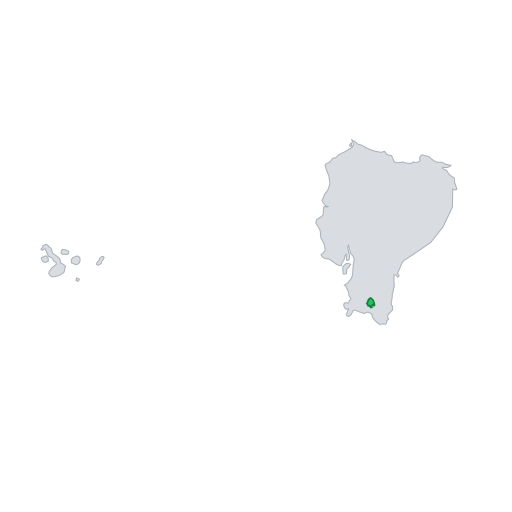 Gonzanama, Loja, Ecuador (highlighted), rotated 348°
{"feature_id": "8360857B83721057206969", "entity_name": "Gonzanama", "entity_type": "district", "adm_level": 2, "iso_a3": "ECU", "parent_name": "Ecuador", "parent_adm1": "Loja", "projection": "robinson", "projection_center": [-79.462, -4.166], "detail": "fine", "context": "in_parent", "style": "filled", "palette": "green", "viewbox_px": 512, "rotation_deg": 348, "n_neighbors": 0, "source": "geoboundaries", "source_scale": "gbopen_adm2", "svg_char_len": 5665}
<svg xmlns="http://www.w3.org/2000/svg" viewBox="0 0 512 512"><g transform="rotate(348 256 256)"><path d="M465.5,207.8L464.1,208.8L460.6,209.2L457.9,208.2L456.8,208.2L456.6,209.2L460.2,211.9L461.9,216.5L464.5,219.4L466.1,220.8L466.2,221.8L465.7,223.7L465.6,225.2L466.4,232.3L465.8,232.7L463.9,232.7L462.4,231.5L458.2,249.1L444.8,266.6L429.7,279.1L412.3,286.3L399.4,291.3L397.4,293.2L391.1,302.0L390.9,302.8L391.7,304.3L391.8,305.3L390.8,305.9L390.0,306.0L389.7,305.5L389.4,304.5L388.6,303.4L387.6,303.1L387.0,303.3L386.9,304.3L385.6,309.1L385.6,311.4L385.0,312.3L385.1,314.4L383.8,316.3L382.8,319.4L381.7,320.5L380.4,325.4L378.4,330.3L378.3,332.0L378.9,333.2L379.1,334.1L378.3,337.2L373.8,340.2L372.6,341.6L372.1,343.2L372.4,344.6L372.3,345.8L370.8,346.2L369.4,349.0L368.3,349.6L365.4,348.7L363.3,348.7L361.7,347.8L358.5,343.1L357.3,340.3L357.0,336.5L353.8,334.1L349.8,334.7L348.6,333.8L345.5,332.2L343.0,330.4L341.0,329.4L339.5,329.9L337.1,332.9L334.8,334.3L333.7,334.2L332.3,333.3L332.1,332.3L335.5,326.9L333.0,326.8L332.1,325.6L331.9,324.3L331.5,322.9L332.0,321.1L333.4,320.2L335.4,320.9L336.8,321.0L337.7,319.4L339.6,318.1L340.0,317.3L339.0,314.7L338.7,313.3L339.0,312.4L338.9,309.6L338.3,308.5L338.3,307.0L337.8,306.1L337.6,304.1L336.3,303.1L340.5,301.2L342.0,299.8L343.9,298.4L345.5,296.4L346.6,294.4L349.1,285.3L351.5,279.6L351.1,276.8L349.1,273.1L348.7,267.6L348.9,266.0L348.6,264.7L347.3,267.0L347.6,275.1L346.5,278.7L344.9,279.6L343.8,278.9L344.4,273.0L343.2,274.1L341.3,278.1L338.2,281.1L338.0,282.1L337.3,283.3L334.9,282.2L333.0,280.9L327.0,274.3L323.1,272.9L320.7,270.6L320.2,269.6L319.9,268.2L322.3,266.9L324.8,265.0L325.1,260.8L325.0,257.6L323.2,252.1L324.0,244.8L323.5,242.0L321.4,236.0L323.0,233.0L328.6,230.8L330.4,229.3L331.6,224.5L332.9,221.7L335.4,222.8L337.3,222.7L334.7,221.6L332.6,217.3L332.2,215.4L336.3,209.5L338.5,207.9L341.1,204.8L343.4,200.1L343.9,192.7L343.0,187.5L342.3,181.9L343.6,180.4L347.0,179.7L349.8,177.9L351.2,176.2L354.5,176.5L358.3,173.9L364.3,172.6L372.8,169.6L374.7,167.0L373.8,162.4L377.0,165.2L378.4,167.4L382.7,169.8L387.9,174.3L391.2,176.5L394.9,178.6L400.2,180.7L403.5,180.3L404.9,183.6L406.1,184.6L409.2,185.7L409.5,186.2L410.7,192.3L411.4,193.2L414.0,194.2L417.3,194.6L418.6,194.3L421.5,196.1L425.9,197.5L427.5,197.6L428.2,197.4L428.5,196.8L429.8,196.9L431.7,197.7L434.5,197.8L436.2,197.1L436.6,193.7L437.2,192.9L439.2,191.6L440.2,191.9L445.4,194.6L446.5,195.6L447.8,197.5L450.3,200.3L452.9,202.1L457.0,202.8L460.9,205.8L465.5,207.8ZM55.4,203.9L57.0,205.8L57.8,211.1L63.0,216.8L63.7,219.9L63.2,221.4L63.4,222.0L65.9,224.2L67.5,226.5L64.8,232.0L59.1,234.3L52.9,234.2L51.7,233.6L50.0,231.5L49.7,229.7L50.7,227.9L53.8,225.2L58.7,222.8L59.3,220.9L57.3,219.1L56.0,215.5L52.9,213.0L51.3,205.3L50.3,205.0L48.2,206.0L47.2,205.1L47.0,204.6L49.3,202.9L49.8,201.6L53.1,201.0L54.5,202.0L55.4,203.9ZM79.5,227.1L78.1,227.1L74.1,224.3L74.4,221.5L76.0,219.7L81.1,218.7L83.3,220.5L83.1,223.8L81.4,226.2L80.0,226.7L79.5,227.1ZM341.2,291.0L340.7,292.1L338.3,292.0L337.6,291.7L338.2,286.3L338.8,284.6L340.8,283.0L342.5,282.2L344.6,282.3L346.9,283.8L344.2,286.6L342.2,287.3L341.2,291.0ZM51.5,218.0L48.9,218.5L46.7,217.6L45.8,216.0L45.6,213.7L45.8,212.9L50.6,212.1L52.1,214.0L52.1,216.9L51.5,218.0ZM103.0,231.1L100.0,232.3L98.3,231.2L98.1,230.5L99.8,228.7L101.4,227.7L102.8,225.6L105.5,224.4L106.3,224.7L106.8,225.1L107.1,225.8L106.1,227.5L104.5,228.7L103.0,231.1ZM73.3,214.4L72.1,215.2L67.3,214.2L65.8,212.5L67.0,210.2L68.0,209.3L70.9,210.2L73.8,212.7L73.3,214.4ZM77.2,243.6L76.2,243.6L74.8,242.4L75.9,240.1L77.9,241.3L78.4,242.2L77.2,243.6ZM372.5,168.3L371.1,168.5L370.4,167.1L372.2,165.5L372.8,165.2L372.5,168.3Z" fill="#d9dde1" stroke="#a8b0b8" stroke-width="1"/><path d="M358.4,330.2L358.2,330.0L358.2,329.9L358.2,329.7L358.2,329.4L358.2,329.2L358.2,328.9L358.3,328.9L358.2,328.8L358.2,328.7L358.3,328.6L358.4,328.4L358.5,328.4L358.8,328.4L358.9,328.5L359.0,328.5L359.3,328.6L359.5,328.6L359.6,328.4L359.8,328.1L360.0,328.0L360.2,328.3L360.3,328.4L360.4,328.5L360.5,328.6L360.6,328.8L360.7,329.0L360.8,329.1L361.0,329.1L361.4,329.2L361.6,329.1L361.7,328.9L361.8,328.8L361.8,328.7L361.7,328.7L361.7,328.4L361.6,328.2L361.5,327.8L361.7,327.6L361.8,327.4L361.7,327.2L361.8,327.2L361.8,326.9L361.9,326.7L361.9,326.3L361.9,326.1L361.7,325.7L361.5,325.4L361.4,325.3L361.4,325.2L361.5,325.0L361.5,324.9L361.6,324.7L361.6,324.4L361.5,324.2L361.4,324.1L361.4,323.9L361.4,323.7L361.2,323.5L361.1,323.4L361.1,323.2L361.1,322.9L360.9,322.8L360.9,322.7L360.7,322.6L360.4,322.4L360.4,322.2L360.2,321.8L360.2,321.7L360.1,321.4L360.0,321.2L359.9,321.1L359.7,321.1L359.4,321.1L359.3,320.9L359.2,320.9L358.9,320.9L358.8,321.0L358.7,321.0L358.5,321.3L358.4,321.5L358.2,321.5L357.9,321.7L357.7,321.6L357.4,321.7L357.2,321.8L357.2,321.7L357.0,321.8L357.0,322.0L356.9,322.0L356.8,322.3L356.8,322.5L356.7,322.5L356.6,322.8L356.6,323.0L356.4,323.1L356.2,323.1L356.1,323.3L356.1,323.5L355.9,323.6L355.9,323.8L355.7,323.9L355.5,324.0L355.4,324.2L355.4,324.3L355.3,324.5L355.3,324.4L355.3,324.5L355.2,324.7L355.1,324.8L355.0,325.0L354.9,325.1L355.0,325.1L354.9,325.2L354.9,325.3L354.9,325.5L354.7,325.8L354.6,326.0L354.8,326.1L354.9,326.3L355.0,326.3L355.1,326.5L355.2,326.8L355.3,326.8L355.3,327.0L355.2,327.0L355.3,327.2L355.3,327.3L355.3,327.5L355.2,327.7L355.3,327.8L355.3,328.0L355.5,328.0L355.8,328.0L356.0,328.0L356.0,327.9L356.2,328.0L356.3,328.0L356.5,328.1L356.7,328.3L356.8,328.4L356.8,328.5L356.8,328.9L356.8,329.0L357.1,329.1L357.3,329.4L357.3,329.5L357.2,329.5L357.3,329.6L357.4,329.8L357.4,330.0L357.5,330.0L357.5,330.3L357.8,330.4L358.0,330.4L358.3,330.3L358.3,330.2L358.4,330.2Z" fill="#22c55e" stroke="#15803d" stroke-width="1.5"/></g></svg>